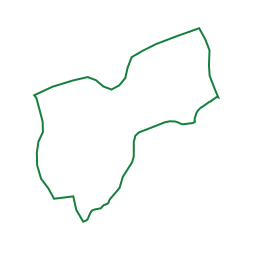 the Province of Tekirdag, rotated 347°
{"feature_id": "TUR-2242", "entity_name": "Tekirdag", "entity_type": "Province", "adm_level": 1, "iso_a3": "TUR", "parent_name": "Turkey", "parent_adm1": "", "projection": "albers", "projection_center": [27.493, 41.027], "detail": "fine", "context": "isolated", "style": "outline", "palette": "green", "viewbox_px": 256, "rotation_deg": 347, "n_neighbors": 0, "source": "natural_earth", "source_scale": "10m", "svg_char_len": 983}
<svg xmlns="http://www.w3.org/2000/svg" viewBox="0 0 256 256"><g transform="rotate(347 128 128)"><path d="M222.8,118.5L221.6,117.7L215.3,120.2L214.4,120.8L213.1,120.8L205.8,123.9L203.9,124.4L201.7,125.6L199.6,127.1L198.2,128.6L195.3,133.4L194.5,135.7L194.7,137.0L192.3,137.8L181.7,136.6L179.7,135.2L177.8,133.7L175.7,132.4L170.6,130.9L165.5,130.7L137.4,134.8L133.4,137.2L130.5,143.0L127.2,157.0L124.3,162.3L111.9,174.5L106.3,184.5L94.4,193.3L93.6,194.1L92.3,196.2L91.7,196.8L90.2,197.3L87.0,197.7L83.4,200.1L77.2,199.9L74.4,200.3L72.2,202.2L68.3,207.6L66.7,208.7L63.3,209.2L59.2,196.1L59.3,182.3L40.1,180.3L36.8,168.9L31.9,157.9L31.1,143.8L33.6,131.5L37.7,121.1L44.2,112.8L46.3,102.5L45.5,78.2L44.0,75.0L63.7,70.8L85.0,69.3L100.2,69.3L107.5,74.2L113.3,82.0L120.6,86.8L129.0,84.5L136.6,78.7L141.3,69.0L147.5,59.8L160.2,55.9L174.4,52.5L196.9,49.4L219.8,46.8L223.3,59.2L224.9,70.6L221.0,85.0L219.3,95.5L221.2,108.8L222.8,118.5Z" fill="none" stroke="#15803d" stroke-width="2"/></g></svg>